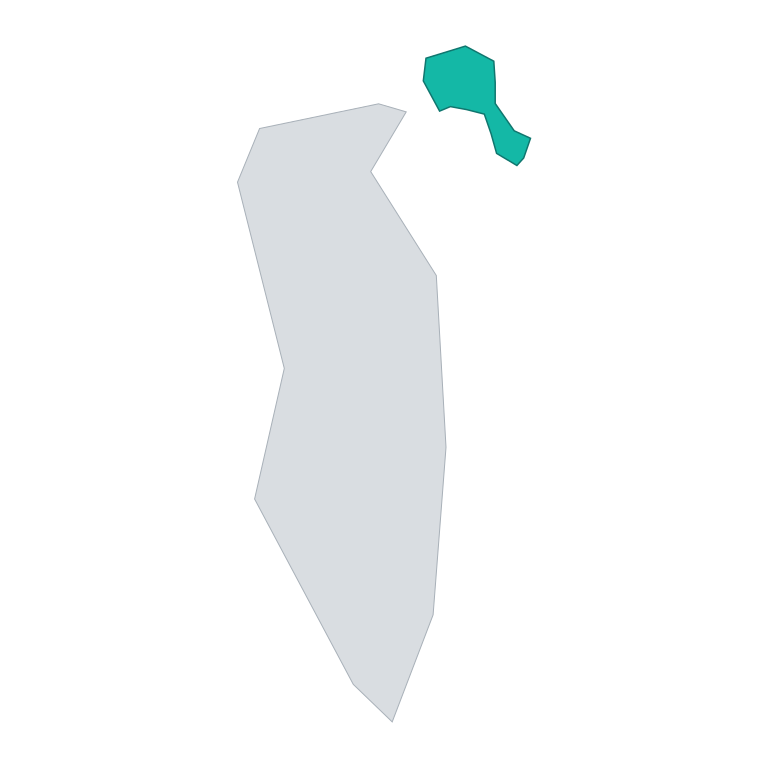 location of Al Muḩarraq within Bahrain
{"feature_id": "BHR-4930", "entity_name": "Al Muḩarraq", "entity_type": "Governorate", "adm_level": 1, "iso_a3": "BHR", "parent_name": "Bahrain", "parent_adm1": "", "projection": "mercator", "projection_center": [50.643, 26.245], "detail": "fine", "context": "in_parent", "style": "filled", "palette": "teal", "viewbox_px": 768, "rotation_deg": 0, "n_neighbors": 0, "source": "natural_earth", "source_scale": "10m", "svg_char_len": 548}
<svg xmlns="http://www.w3.org/2000/svg" viewBox="0 0 768 768"><path d="M433.1,614.8L392.2,721.9L353.3,684.4L254.6,499.0L284.3,368.4L237.5,182.2L259.6,128.5L378.6,103.8L406.2,111.9L370.7,171.6L436.3,275.5L446.0,447.3L433.1,614.8Z" fill="#d9dde1" stroke="#a8b0b8" stroke-width="1"/><path d="M426.0,58.2L465.4,46.1L493.8,61.2L495.2,82.4L495.2,103.5L514.2,130.8L530.5,138.3L523.7,158.0L516.9,165.5L496.6,153.4L491.1,133.8L484.3,114.1L466.7,109.6L450.4,106.6L439.6,111.1L423.3,80.9L426.0,58.2Z" fill="#14b8a6" stroke="#0f766e" stroke-width="1.5"/></svg>